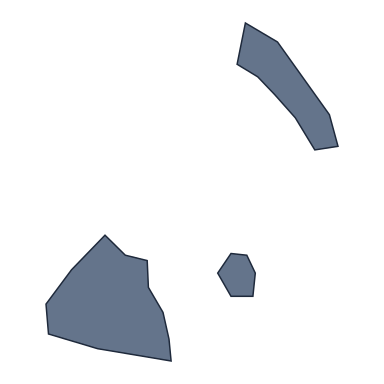 map outline of Balzers (Albers equal-area conic projection)
{"feature_id": "LIE-4894", "entity_name": "Balzers", "entity_type": "state/province", "adm_level": 1, "iso_a3": "LIE", "parent_name": "Liechtenstein", "parent_adm1": "", "projection": "albers", "projection_center": [9.549, 47.108], "detail": "fine", "context": "isolated", "style": "filled", "palette": "slate", "viewbox_px": 384, "rotation_deg": 0, "n_neighbors": 0, "source": "natural_earth", "source_scale": "10m", "svg_char_len": 472}
<svg xmlns="http://www.w3.org/2000/svg" viewBox="0 0 384 384"><path d="M171.1,361.0L97.7,348.7L48.5,334.0L46.0,304.1L71.6,269.7L105.0,235.2L125.3,255.2L147.2,260.6L148.4,287.4L163.0,312.4L169.0,339.1L171.1,361.0ZM245.4,23.0L277.5,42.0L329.4,114.7L338.0,146.3L314.8,149.9L295.3,117.8L274.7,94.6L257.7,76.8L237.1,64.3L245.4,23.0ZM231.0,253.5L246.8,255.2L255.3,273.1L252.9,296.3L231.0,296.3L217.7,273.1L231.0,253.5Z" fill="#64748b" stroke="#1e293b" stroke-width="1.5"/></svg>